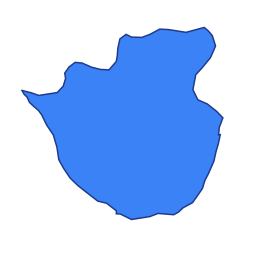 outline of Suan, Hwanghae-bukto, North Korea, rotated 351°
{"feature_id": "82179303B93868129225348", "entity_name": "Suan", "entity_type": "district", "adm_level": 2, "iso_a3": "PRK", "parent_name": "North Korea", "parent_adm1": "Hwanghae-bukto", "projection": "mercator", "projection_center": [126.384, 38.673], "detail": "fine", "context": "isolated", "style": "filled", "palette": "blue", "viewbox_px": 256, "rotation_deg": 351, "n_neighbors": 0, "source": "geoboundaries", "source_scale": "gbopen_adm2", "svg_char_len": 1060}
<svg xmlns="http://www.w3.org/2000/svg" viewBox="0 0 256 256"><g transform="rotate(351 128 128)"><path d="M220.7,42.6L219.0,40.6L200.3,42.6L183.3,37.1L174.8,35.3L164.5,38.9L156.0,40.7L145.8,38.8L140.7,35.2L133.9,38.8L130.4,47.8L128.7,55.0L126.9,60.4L118.3,67.6L109.8,65.8L101.4,62.2L92.9,56.7L86.1,54.9L79.3,58.5L74.1,63.9L74.1,69.3L70.6,76.5L63.7,81.9L55.2,81.9L45.0,81.9L38.2,78.2L29.8,74.6L28.7,73.9L29.6,75.3L30.6,78.3L33.2,81.8L34.7,87.3L37.8,91.3L42.4,96.8L44.9,101.7L48.2,112.5L53.2,123.3L54.8,135.9L54.7,148.5L58.0,157.6L63.0,168.4L69.8,177.4L78.2,186.4L86.6,195.4L95.1,199.0L103.6,208.0L103.0,210.9L106.9,211.7L112.0,215.3L117.1,218.9L123.9,218.9L135.8,218.9L144.3,217.1L159.6,220.8L164.7,219.0L169.9,215.4L180.1,211.8L187.0,204.7L192.1,199.3L195.6,192.1L200.8,184.9L207.7,174.1L211.2,165.2L214.6,158.0L218.1,149.0L216.4,149.0L218.2,141.8L223.3,132.8L218.3,125.6L209.9,116.5L201.4,111.1L198.1,100.3L203.3,85.9L210.2,80.5L220.4,71.5L223.9,66.1L227.3,60.7L225.7,49.9L222.4,44.5L220.7,42.6Z" fill="#3b82f6" stroke="#1e3a8a" stroke-width="1.5"/></g></svg>